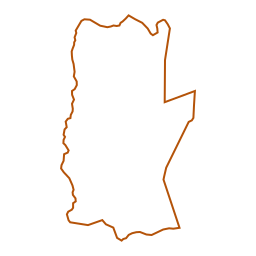 Minas do Leão, Rio Grande do Sul, Brazil
{"feature_id": "56859067B4041137923499", "entity_name": "Minas do Leão", "entity_type": "district", "adm_level": 2, "iso_a3": "BRA", "parent_name": "Brazil", "parent_adm1": "Rio Grande do Sul", "projection": "robinson", "projection_center": [-52.102, -30.074], "detail": "fine", "context": "isolated", "style": "outline", "palette": "amber", "viewbox_px": 256, "rotation_deg": 0, "n_neighbors": 0, "source": "geoboundaries", "source_scale": "gbopen_adm2", "svg_char_len": 1350}
<svg xmlns="http://www.w3.org/2000/svg" viewBox="0 0 256 256"><path d="M169.9,28.4L167.7,24.2L165.0,20.3L163.1,19.8L157.8,22.6L156.5,25.0L157.3,28.5L157.6,32.5L152.9,35.2L150.7,33.6L147.7,28.5L142.2,22.8L135.1,19.2L128.6,15.4L125.7,18.6L122.6,21.5L120.6,22.8L119.4,25.5L116.7,26.0L113.5,25.5L110.8,26.5L107.3,27.2L104.1,26.5L100.2,25.7L90.0,19.7L84.4,19.3L81.4,20.9L75.7,30.6L76.3,33.0L74.6,37.3L75.3,40.3L74.2,42.3L74.1,44.9L72.6,48.7L71.7,51.4L71.9,55.6L72.3,59.5L73.6,64.0L74.2,68.7L74.6,71.8L73.8,76.4L76.7,81.5L76.8,85.1L74.7,89.1L72.0,91.0L72.1,94.8L74.0,99.6L72.0,103.8L72.8,108.8L72.6,111.4L70.8,114.9L70.4,118.1L67.8,118.8L65.7,121.6L66.7,127.2L64.6,129.4L63.6,134.8L65.0,136.9L63.6,139.8L63.4,143.2L65.3,145.0L68.6,150.4L67.7,152.6L64.1,154.2L63.6,160.8L61.5,165.2L61.1,168.5L63.8,172.3L69.3,178.2L72.5,185.5L73.6,189.8L72.6,192.2L72.9,194.9L75.5,198.4L75.7,201.4L73.1,203.2L73.1,207.8L71.8,209.7L68.2,211.7L66.9,214.3L68.6,220.3L70.2,222.3L88.0,225.1L102.3,220.1L105.9,224.3L113.3,227.6L117.1,237.9L121.6,240.6L123.3,239.0L126.1,238.2L128.7,234.9L132.2,233.2L136.3,232.2L140.0,232.0L146.4,234.5L151.6,235.0L163.2,229.5L169.1,228.3L173.4,228.7L179.5,227.8L163.5,179.6L164.1,176.7L166.2,167.7L188.7,121.9L191.8,120.4L193.4,117.9L194.0,105.4L194.9,91.0L164.7,102.2L165.0,60.1L169.9,28.4Z" fill="none" stroke="#b45309" stroke-width="2"/></svg>